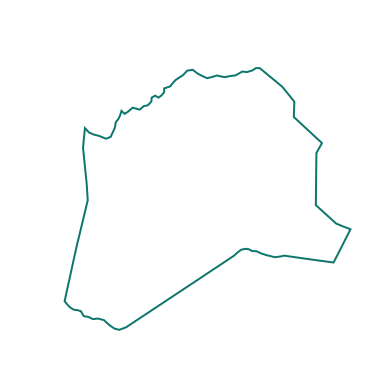 the district of Teofilândia, Bahia, Brazil, rotated 168°
{"feature_id": "56859067B44789603745472", "entity_name": "Teofilândia", "entity_type": "district", "adm_level": 2, "iso_a3": "BRA", "parent_name": "Brazil", "parent_adm1": "Bahia", "projection": "robinson", "projection_center": [-38.948, -11.473], "detail": "fine", "context": "isolated", "style": "outline", "palette": "teal", "viewbox_px": 384, "rotation_deg": 168, "n_neighbors": 0, "source": "geoboundaries", "source_scale": "gbopen_adm2", "svg_char_len": 1256}
<svg xmlns="http://www.w3.org/2000/svg" viewBox="0 0 384 384"><g transform="rotate(168 192 192)"><path d="M44.7,122.6L51.5,127.0L57.6,131.2L73.6,153.4L62.2,204.3L54.7,212.8L72.4,237.9L76.8,244.2L73.1,259.1L81.9,276.3L100.0,299.1L103.8,299.9L107.9,298.3L113.6,297.9L117.8,299.4L121.7,298.1L125.4,297.0L130.4,297.5L135.7,297.5L139.5,298.9L143.3,300.8L148.4,300.3L153.6,300.2L157.3,302.9L162.1,306.9L165.9,311.4L171.4,311.7L176.3,308.3L181.6,306.2L185.1,304.8L187.9,302.7L191.5,299.8L197.7,299.1L198.5,295.4L201.8,292.8L205.2,291.3L208.0,293.9L211.8,292.7L213.0,288.9L217.2,286.0L221.5,286.0L226.0,283.4L232.5,286.8L238.0,283.8L241.7,282.5L244.1,286.0L246.5,281.7L248.8,278.8L252.0,276.1L254.3,270.6L257.0,267.0L260.1,262.8L265.1,262.0L271.2,266.2L276.3,268.7L280.4,271.7L283.5,276.7L289.4,257.9L293.3,222.0L295.7,205.6L316.8,161.4L339.3,111.7L337.5,108.1L335.4,104.7L332.1,101.4L328.5,100.2L325.5,98.5L323.7,93.1L319.1,91.2L315.2,88.2L310.4,87.8L304.9,85.1L300.4,78.9L296.2,74.5L291.8,72.3L284.8,73.3L217.9,99.7L164.3,120.9L160.4,123.2L156.0,125.3L151.4,125.3L148.2,124.1L145.4,121.7L141.3,120.7L137.4,117.7L133.3,115.3L124.6,111.0L118.6,110.5L115.1,110.6L92.5,102.3L68.2,93.6L61.5,101.8L44.7,122.6Z" fill="none" stroke="#0f766e" stroke-width="2"/></g></svg>